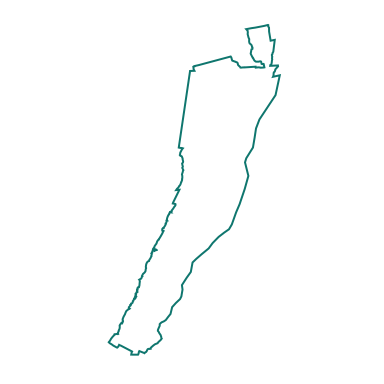 Tifesti, Vrancea, Romania (orthographic projection), rotated 256°
{"feature_id": "2599482B98306126779163", "entity_name": "Tifesti", "entity_type": "district", "adm_level": 2, "iso_a3": "ROU", "parent_name": "Romania", "parent_adm1": "Vrancea", "projection": "orthographic", "projection_center": [27.087, 45.862], "detail": "fine", "context": "isolated", "style": "outline", "palette": "teal", "viewbox_px": 384, "rotation_deg": 256, "n_neighbors": 0, "source": "geoboundaries", "source_scale": "gbopen_adm2", "svg_char_len": 5882}
<svg xmlns="http://www.w3.org/2000/svg" viewBox="0 0 384 384"><g transform="rotate(256 192 192)"><path d="M284.0,305.4L284.2,298.5L284.7,298.9L286.0,299.5L287.6,300.0L288.2,300.3L288.5,300.7L288.8,301.4L289.7,302.0L290.8,302.5L293.1,305.9L294.0,306.0L295.5,298.4L296.2,298.7L296.2,299.6L298.1,300.6L300.3,301.4L301.2,301.9L302.5,302.0L303.9,302.6L304.7,302.5L305.8,302.7L306.5,303.5L307.4,303.8L308.4,304.8L319.6,309.1L319.8,304.9L328.9,305.6L332.9,306.5L334.1,306.0L335.5,306.4L335.7,306.2L335.7,302.0L336.2,293.1L336.6,289.1L336.9,284.0L335.0,285.0L333.1,284.7L331.8,284.2L328.2,284.2L326.5,284.5L324.5,283.9L323.6,283.8L322.8,283.8L322.2,283.9L320.9,284.9L320.4,285.2L319.2,285.4L318.0,285.3L317.8,285.4L317.7,285.6L317.2,285.6L316.2,285.2L316.0,284.2L312.0,282.4L309.6,282.9L307.5,283.4L307.5,283.6L306.5,283.9L306.0,283.9L304.4,284.4L303.2,285.3L302.8,286.3L302.4,287.8L302.3,289.8L301.9,290.5L301.6,290.6L299.5,290.5L299.2,290.9L299.0,292.2L298.7,292.2L298.6,292.5L295.4,292.4L295.4,292.1L295.6,290.7L296.1,288.3L296.4,288.1L297.0,286.2L297.0,285.7L297.2,284.7L297.2,283.9L297.3,283.8L298.2,284.0L300.2,273.0L300.3,273.0L300.5,271.9L300.6,271.4L300.7,270.3L300.9,269.3L301.0,269.1L301.6,269.0L303.6,267.7L304.3,267.4L306.0,267.5L306.4,267.3L307.1,266.8L307.6,265.9L307.9,265.7L308.5,264.6L309.0,264.1L309.4,263.3L309.7,262.9L309.9,262.8L311.8,262.7L313.0,262.7L314.1,262.3L313.5,229.1L313.6,224.9L313.3,224.9L313.2,223.6L310.8,223.3L310.1,223.4L309.5,223.6L309.0,223.7L309.9,219.4L238.3,189.9L237.7,191.1L237.4,192.0L236.8,193.4L236.6,193.7L235.8,192.6L234.7,191.6L233.8,190.9L233.4,190.4L232.5,189.9L231.4,189.6L230.8,189.1L230.2,189.3L229.7,189.8L229.3,190.5L228.9,190.7L226.8,191.0L225.8,190.8L224.1,190.8L223.5,190.7L222.8,190.3L222.0,189.3L220.2,189.2L219.4,189.3L218.7,189.2L217.8,188.4L217.1,188.5L215.3,188.9L215.1,188.6L214.6,188.2L214.1,188.1L212.9,187.4L211.5,186.5L210.0,186.5L207.9,186.0L206.9,185.4L206.2,185.4L204.7,184.4L204.6,184.2L204.0,183.9L203.9,183.7L202.9,183.1L202.0,182.5L201.1,181.5L200.9,181.0L200.6,180.8L199.6,179.8L198.7,178.2L197.7,177.1L197.2,180.3L188.1,172.6L186.3,171.1L185.5,170.6L184.5,172.7L184.3,173.0L183.4,172.9L182.7,172.3L181.7,171.0L180.5,169.8L179.0,167.9L178.6,167.6L178.1,167.6L178.0,167.4L178.2,167.1L177.9,166.5L177.7,166.4L177.2,166.7L177.3,166.3L177.7,165.7L177.2,165.5L176.8,164.7L175.8,164.4L175.5,163.7L175.0,163.2L174.6,163.0L174.4,162.7L173.8,162.3L172.4,161.4L171.7,161.2L171.1,160.8L170.2,161.1L170.2,160.9L170.5,160.5L170.4,160.3L169.9,160.3L169.1,160.0L168.0,159.2L167.9,158.9L167.4,159.0L167.3,158.8L167.3,158.6L166.1,158.0L164.4,156.1L164.0,155.9L164.2,155.6L164.1,155.2L163.6,154.7L163.5,154.4L163.2,154.2L162.7,154.0L161.7,153.8L161.5,154.0L161.2,154.9L161.1,155.0L160.3,154.2L159.0,153.2L156.7,151.0L156.2,150.5L154.8,149.1L154.5,148.6L153.9,148.4L153.8,147.8L152.9,146.7L152.4,146.2L150.5,145.0L149.9,144.2L148.4,142.5L147.5,142.1L147.2,141.5L146.5,140.9L146.1,140.3L145.8,140.2L145.8,140.5L145.8,141.0L145.7,141.2L145.5,142.1L145.2,142.8L144.7,143.3L144.4,143.7L144.2,143.7L144.2,143.4L144.4,142.9L144.8,142.3L144.9,141.9L144.7,141.4L144.1,141.7L143.9,141.6L143.8,141.3L144.6,140.3L144.8,140.0L144.8,139.8L144.0,139.1L142.9,138.8L142.9,138.4L142.2,137.7L141.7,138.0L140.8,137.7L140.2,137.2L139.4,137.1L139.0,136.6L137.6,135.5L136.7,134.4L136.2,134.0L135.5,133.7L135.4,132.9L135.0,131.9L134.2,131.0L133.0,130.1L130.6,129.1L130.0,129.0L129.3,129.1L129.1,129.0L128.6,128.6L128.0,128.3L126.6,127.8L125.9,127.2L125.2,126.3L124.4,124.7L122.7,123.2L122.1,123.4L121.8,122.8L120.5,122.0L120.3,121.8L120.0,120.6L119.7,119.7L119.3,120.0L118.7,119.7L117.5,119.7L117.0,119.4L114.1,118.4L113.2,117.9L112.9,117.4L112.4,117.4L112.3,117.0L112.5,116.7L112.1,116.4L112.1,116.0L112.0,115.9L111.5,115.6L110.3,115.6L110.1,115.4L110.2,114.9L109.8,114.8L109.7,115.1L109.1,114.8L108.8,114.9L108.7,114.9L108.8,114.6L108.3,114.2L108.0,114.5L107.9,114.4L108.0,113.8L107.2,113.2L107.0,112.7L106.8,112.7L106.5,113.0L105.9,112.9L105.7,112.2L105.1,112.0L104.6,112.4L104.3,112.5L104.3,112.2L104.4,111.6L103.6,111.0L103.3,111.2L103.3,111.9L103.1,111.9L102.7,111.4L102.6,111.0L102.3,110.9L102.2,110.8L102.4,110.4L102.4,109.9L101.8,109.7L101.5,109.3L101.2,109.2L100.9,108.9L100.5,108.7L100.4,108.5L100.4,108.2L99.0,107.6L98.7,107.1L98.5,106.5L98.3,106.3L98.4,105.9L97.8,105.5L97.5,105.5L97.3,105.2L97.3,104.8L97.2,104.8L96.7,104.9L96.4,104.2L96.1,103.9L95.5,102.9L95.2,102.8L94.9,102.9L94.7,102.6L94.3,102.4L93.8,103.1L93.7,102.9L93.6,102.0L92.6,99.8L92.2,99.3L91.1,98.4L89.6,97.4L87.6,95.5L85.5,94.0L84.6,93.7L84.3,93.9L83.9,93.8L83.3,93.8L82.0,92.9L81.5,92.4L82.1,91.9L81.5,91.2L81.0,90.5L80.0,89.5L79.3,89.4L78.0,89.1L76.8,88.6L76.3,88.2L75.5,87.5L75.2,87.3L74.9,87.3L74.4,87.0L73.7,86.3L73.0,86.0L72.5,85.9L72.1,86.0L72.0,85.7L72.5,84.6L72.6,83.9L72.4,83.3L72.4,83.1L72.7,82.4L71.9,81.8L70.6,79.8L69.2,78.0L67.5,76.4L66.4,74.9L65.2,75.6L63.5,77.3L62.1,78.4L59.3,81.4L59.1,81.8L59.2,82.0L59.6,82.7L60.0,83.2L61.3,84.3L60.8,84.8L60.4,85.5L51.8,95.2L51.7,95.3L50.7,94.5L48.9,93.7L47.2,100.3L47.5,100.6L48.4,101.2L49.6,101.7L50.4,102.4L47.4,106.6L47.1,106.9L47.7,107.8L47.9,108.7L48.0,108.9L48.5,109.5L49.2,110.0L50.2,111.0L50.3,112.0L50.0,112.8L49.9,114.0L50.6,114.1L51.1,114.8L52.4,117.3L53.2,119.2L53.4,120.6L53.6,122.0L54.6,123.2L55.6,125.1L56.4,126.4L57.1,127.1L57.4,126.9L58.8,127.1L61.0,126.9L62.7,126.2L64.5,125.8L65.5,125.3L66.3,125.5L67.6,126.4L70.0,128.3L71.6,128.7L72.2,129.6L72.9,131.0L73.3,133.4L74.1,135.6L76.8,138.9L78.8,141.6L85.1,144.9L88.2,149.5L91.0,154.5L93.2,156.4L99.6,159.2L104.1,159.7L110.1,166.1L114.7,171.5L123.5,175.5L126.1,180.0L129.3,186.3L133.2,194.5L137.5,199.7L142.0,207.0L144.8,213.4L146.9,218.9L150.9,222.8L161.6,229.9L168.6,235.2L182.2,243.9L194.0,250.6L207.9,250.6L211.6,252.8L220.4,261.9L229.8,266.0L238.2,269.5L246.1,275.0L265.8,296.5L284.0,305.4Z" fill="none" stroke="#0f766e" stroke-width="2"/></g></svg>